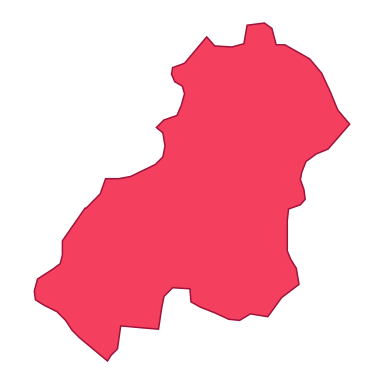 Jangseong-gun, South Jeolla, South Korea
{"feature_id": "91817680B915295689263", "entity_name": "Jangseong-gun", "entity_type": "district", "adm_level": 2, "iso_a3": "KOR", "parent_name": "South Korea", "parent_adm1": "South Jeolla", "projection": "natural_earth1", "projection_center": [126.763, 35.332], "detail": "fine", "context": "isolated", "style": "filled", "palette": "rose", "viewbox_px": 384, "rotation_deg": 0, "n_neighbors": 0, "source": "geoboundaries", "source_scale": "gbopen_adm2", "svg_char_len": 1070}
<svg xmlns="http://www.w3.org/2000/svg" viewBox="0 0 384 384"><path d="M206.7,36.9L184.5,63.3L172.6,67.6L171.5,74.2L174.8,81.8L182.3,86.1L184.5,93.8L181.2,105.7L176.9,115.5L164.0,119.9L156.4,127.5L162.9,132.9L165.0,146.0L162.9,156.9L155.3,164.5L130.5,176.5L118.6,178.7L105.6,178.7L100.2,193.9L86.2,208.1L85.1,208.1L62.4,240.8L62.4,255.0L60.2,263.7L52.7,269.2L37.5,279.0L34.3,291.0L35.4,299.7L37.5,301.1L44.0,305.2L57.0,311.7L65.6,320.4L72.1,330.3L79.7,337.9L107.5,361.0L111.0,355.4L117.5,348.8L120.7,325.9L145.6,328.1L158.5,329.2L161.8,307.3L164.0,296.4L172.6,287.7L189.9,288.8L191.0,301.9L200.7,307.3L214.7,312.8L228.8,319.3L239.6,320.4L250.4,313.9L267.8,316.7L281.7,297.5L299.0,284.4L296.3,268.3L290.7,259.3L287.3,250.9L287.3,234.1L287.3,220.2L288.6,209.0L300.4,204.8L305.2,199.3L303.9,189.5L300.4,179.7L301.8,172.1L305.9,161.6L316.3,153.9L328.0,149.1L349.7,124.2L337.8,110.1L330.2,91.6L321.6,73.1L309.7,58.9L284.9,44.8L276.2,44.8L271.9,28.5L264.4,23.0L247.1,25.2L243.9,43.7L232.0,47.0L214.7,45.9L206.7,36.9Z" fill="#f43f5e" stroke="#9f1239" stroke-width="1.5"/></svg>